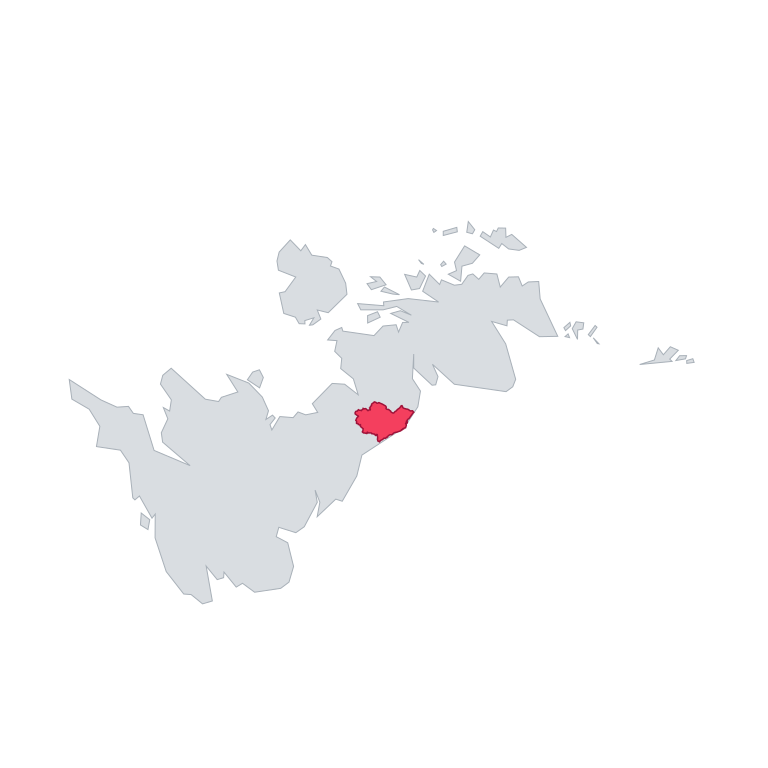 location of Northumberland within United Kingdom, rotated 73°
{"feature_id": "GBR-2034", "entity_name": "Northumberland", "entity_type": "Unitary Single-Tier County", "adm_level": 1, "iso_a3": "GBR", "parent_name": "United Kingdom", "parent_adm1": "", "projection": "albers", "projection_center": [-2.071, 55.292], "detail": "fine", "context": "in_parent", "style": "filled", "palette": "rose", "viewbox_px": 768, "rotation_deg": 73, "n_neighbors": 0, "source": "natural_earth", "source_scale": "10m", "svg_char_len": 6709}
<svg xmlns="http://www.w3.org/2000/svg" viewBox="0 0 768 768"><g transform="rotate(73 384 384)"><path d="M405.4,593.3L374.9,612.7L365.5,611.2L354.1,600.9L342.0,601.9L347.2,596.9L337.0,592.0L318.7,597.8L311.0,593.0L306.7,582.9L346.3,559.3L352.4,547.3L349.2,543.4L348.9,526.1L328.8,531.6L343.6,513.0L360.9,504.2L375.8,502.3L383.4,507.3L381.2,499.7L384.7,498.0L389.5,504.9L395.2,504.7L384.7,493.1L389.6,480.7L385.6,474.4L390.6,467.9L391.8,455.7L381.9,458.3L368.3,433.4L372.7,421.7L386.8,411.8L370.1,411.8L356.6,420.9L347.1,416.9L338.4,421.6L328.8,416.3L325.4,425.0L318.5,415.2L317.6,407.9L321.4,407.9L334.8,379.4L328.3,368.0L330.9,355.1L338.6,354.9L330.6,348.2L332.3,342.2L318.5,356.9L318.7,346.9L326.2,337.7L313.5,349.2L312.8,363.3L306.3,384.5L299.4,385.7L309.1,361.3L305.4,360.5L309.4,335.9L321.6,307.8L306.6,319.9L292.2,308.6L305.1,301.7L301.2,298.6L310.1,287.8L311.4,280.5L304.7,271.9L304.7,266.9L311.6,262.8L307.1,255.7L311.8,243.9L325.3,244.5L318.2,233.5L320.8,224.1L330.7,223.2L328.6,216.2L331.2,206.1L348.3,209.8L389.2,203.9L384.2,221.5L360.5,241.4L359.0,247.4L364.3,249.4L355.6,262.8L381.2,255.9L418.0,256.7L424.3,261.7L427.0,269.5L404.8,316.8L379.3,331.9L392.7,330.2L399.9,334.8L399.2,338.4L377.4,350.9L364.0,346.8L387.2,355.3L401.4,351.2L415.7,358.3L431.4,377.1L445.5,425.9L464.0,436.9L483.9,458.2L480.0,463.8L491.4,486.7L478.3,479.9L465.3,480.9L477.6,482.4L497.2,502.0L500.4,511.8L490.3,526.5L498.5,531.7L507.7,522.5L532.0,523.8L545.7,532.8L549.2,542.5L545.3,568.6L533.2,577.6L535.0,584.7L517.1,592.0L522.3,594.0L522.3,600.7L506.1,607.3L541.3,611.6L541.2,621.8L529.0,630.0L526.3,636.9L499.7,647.1L464.2,647.9L441.5,640.8L444.5,645.1L419.6,650.6L422.0,656.1L419.4,657.5L384.8,650.9L370.2,655.4L359.8,677.3L341.4,668.1L321.9,673.3L307.2,686.9L287.7,683.7L316.5,659.3L328.1,646.1L330.7,634.9L338.8,632.3L343.0,623.4L380.3,623.3L405.4,593.3ZM287.2,459.2L266.3,457.5L266.8,451.6L255.9,437.1L244.3,451.7L235.1,450.4L227.2,445.7L218.8,431.5L232.3,424.6L227.7,418.4L239.7,415.4L246.5,401.2L251.8,398.0L255.5,400.7L260.9,393.5L276.4,391.2L287.4,393.2L299.5,416.5L293.7,426.2L303.4,425.4L306.6,434.8L306.0,438.1L300.2,431.7L300.2,441.2L303.4,442.0L301.5,447.5L294.2,449.2L287.2,459.2ZM295.7,215.7L291.3,225.3L284.1,230.3L287.8,234.6L270.8,248.8L267.2,245.0L274.5,239.3L268.8,234.3L271.1,231.8L268.2,229.1L270.5,222.1L279.4,224.5L278.3,218.1L295.0,207.8L295.7,215.7ZM294.4,264.2L294.1,275.0L308.1,280.7L297.8,290.4L296.8,281.5L288.0,280.9L275.5,266.5L288.5,254.7L294.4,264.2ZM437.8,92.7L443.7,103.5L446.6,101.9L440.1,133.8L440.1,118.4L429.6,111.2L437.7,108.3L432.1,99.3L437.8,92.7ZM302.1,330.3L285.2,332.2L291.3,321.4L285.9,316.6L292.9,312.7L303.1,322.1L302.1,330.3ZM342.5,497.5L351.3,504.1L340.0,513.4L334.2,506.1L334.0,499.0L342.5,497.5ZM289.7,353.0L290.1,368.5L283.1,370.9L283.8,361.1L277.5,365.5L280.5,356.7L289.7,353.0ZM389.6,177.7L389.0,183.0L397.9,185.9L386.1,187.8L380.7,182.1L383.9,175.1L389.6,177.7ZM320.9,381.8L313.8,379.7L313.0,369.1L319.0,368.1L320.9,381.8ZM454.2,652.3L447.6,658.1L436.4,653.9L445.3,647.7L454.2,652.3ZM294.4,359.8L291.4,355.2L303.1,343.1L300.5,349.4L294.4,359.8ZM263.0,252.1L266.2,255.5L263.1,260.5L253.3,255.9L263.0,252.1ZM259.3,283.9L255.3,282.7L255.5,268.6L259.9,269.4L259.3,283.9ZM446.9,98.0L443.4,93.0L445.3,86.4L448.1,88.3L446.9,98.0ZM399.0,172.8L396.5,174.2L389.8,165.0L392.0,163.7L399.0,172.8ZM386.0,194.8L382.7,195.5L379.4,188.2L383.0,188.5L386.0,194.8ZM454.0,81.1L452.8,88.4L450.1,87.7L450.1,81.3L454.0,81.1ZM407.7,168.2L401.0,170.4L408.4,166.7L407.7,168.2ZM288.5,294.4L286.4,294.9L284.0,291.1L287.5,289.5L288.5,294.4ZM393.9,193.0L391.6,197.0L389.9,193.3L393.9,193.0ZM279.6,313.0L275.2,314.6L281.2,310.9L279.6,313.0ZM253.6,292.0L250.8,292.5L249.7,291.3L252.6,288.9L253.6,292.0Z" fill="#d9dde1" stroke="#a8b0b8" stroke-width="1"/><path d="M398.3,398.5L399.1,397.2L399.7,396.8L400.1,396.6L400.3,396.4L400.4,396.2L400.5,395.7L400.5,395.4L400.4,395.2L400.3,394.8L400.3,394.4L400.4,394.2L400.5,394.0L400.9,393.7L402.7,391.5L405.5,388.9L405.9,388.8L406.7,388.6L407.1,388.7L407.3,388.8L407.6,389.0L407.9,389.2L408.2,389.2L408.9,388.8L409.1,388.5L409.3,388.2L409.4,387.7L409.5,387.4L409.8,387.0L410.0,386.8L410.9,386.4L411.3,386.0L411.7,385.6L412.6,385.5L413.0,385.3L413.6,384.8L414.0,384.4L414.4,383.9L414.5,383.7L414.5,383.4L414.5,383.2L414.4,382.8L414.3,382.7L413.6,381.6L413.5,381.4L413.5,381.1L413.5,380.9L413.5,380.7L413.1,379.9L412.7,379.3L412.2,378.3L411.7,376.8L411.6,376.4L411.5,376.2L411.4,375.9L411.0,375.5L410.9,375.3L410.8,375.1L410.8,374.9L410.8,374.7L410.6,374.6L410.1,374.3L410.0,374.2L409.9,374.0L409.9,373.8L409.9,373.5L409.9,373.2L410.1,373.1L410.6,372.9L411.9,372.9L412.3,372.7L412.6,372.6L412.9,372.3L414.6,369.7L414.8,369.3L414.9,368.9L415.1,368.6L415.5,368.2L415.8,367.9L416.0,367.7L416.5,367.5L416.7,367.4L417.5,366.5L417.6,366.2L417.8,365.1L417.9,364.7L418.0,364.5L418.2,364.4L419.7,363.8L420.1,364.6L424.3,370.1L424.7,371.4L425.1,372.1L425.8,372.5L425.9,372.9L426.1,373.3L426.2,373.5L426.5,373.5L426.7,373.2L426.9,372.9L427.0,372.8L427.4,372.8L427.8,373.0L428.2,373.5L428.4,374.3L427.8,374.3L427.8,374.7L428.2,374.9L429.3,374.6L430.0,374.7L432.2,376.2L432.2,376.6L432.0,377.0L432.1,377.4L432.3,377.8L432.6,378.2L432.2,378.5L432.2,378.9L432.5,379.1L433.1,379.7L433.1,380.1L432.8,380.6L433.0,380.8L433.3,381.0L433.5,381.3L433.7,381.9L433.8,385.7L433.8,386.3L433.6,387.2L433.6,387.5L433.6,388.0L433.8,389.2L434.6,390.7L434.7,391.7L434.7,391.9L434.6,392.2L434.5,392.4L434.4,392.7L434.2,393.1L434.3,393.5L434.4,393.8L434.5,394.2L434.7,394.9L435.1,395.5L435.8,396.3L435.6,397.0L435.8,397.4L436.1,397.7L436.3,398.3L436.2,398.8L436.0,399.3L435.8,399.8L436.0,400.4L436.5,401.2L436.7,401.6L436.8,402.9L437.1,404.1L437.2,404.4L437.4,404.5L437.8,404.7L437.9,404.8L437.9,405.0L438.0,405.3L437.6,405.5L436.8,406.5L436.1,406.5L434.7,406.4L433.8,405.8L431.8,405.5L430.5,405.2L430.2,405.5L430.1,406.1L430.8,406.5L430.8,407.0L430.2,407.4L429.2,407.7L428.5,409.1L428.1,409.5L428.0,410.2L427.1,410.5L426.9,410.9L426.2,413.3L425.3,413.8L425.3,414.3L426.3,414.7L426.2,415.3L425.4,416.4L424.8,417.9L423.6,418.7L423.2,418.6L423.0,418.1L420.7,417.0L417.8,418.9L416.2,418.5L416.3,419.0L416.1,419.4L415.5,419.8L415.2,420.4L414.7,420.3L414.2,420.6L413.8,421.6L413.5,421.8L411.6,421.1L410.5,421.6L408.6,420.0L407.4,417.9L407.0,418.0L406.4,418.7L404.2,420.3L403.1,420.1L402.1,419.2L401.9,418.5L402.1,417.9L402.0,417.3L401.3,416.4L401.1,415.9L401.9,415.3L402.3,414.0L402.8,413.6L402.3,412.8L402.1,411.7L401.2,411.1L402.0,410.1L402.1,408.9L402.3,408.6L404.8,407.1L404.4,406.0L404.5,405.6L404.4,405.2L404.7,404.8L404.1,404.4L402.7,404.8L402.5,404.2L401.4,403.4L401.1,402.3L399.7,401.8L399.3,401.1L398.6,398.7L398.3,398.5Z" fill="#f43f5e" stroke="#9f1239" stroke-width="1.5"/></g></svg>